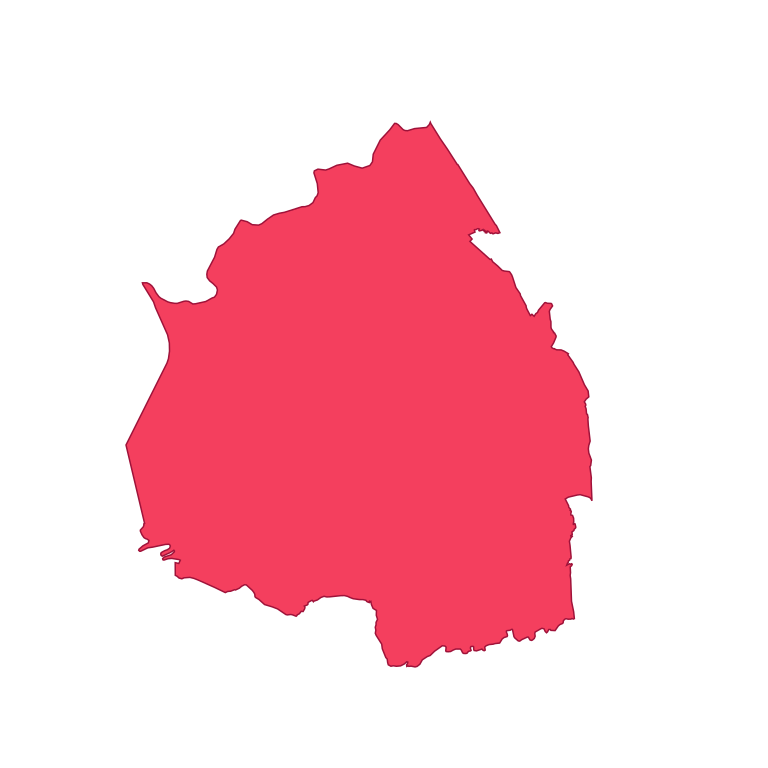 outline of Aninoasa, Dâmbovita, Romania, rotated 111°
{"feature_id": "2599482B19790994841582", "entity_name": "Aninoasa", "entity_type": "district", "adm_level": 2, "iso_a3": "ROU", "parent_name": "Romania", "parent_adm1": "Dâmbovita", "projection": "natural_earth1", "projection_center": [25.449, 44.974], "detail": "fine", "context": "isolated", "style": "filled", "palette": "rose", "viewbox_px": 768, "rotation_deg": 111, "n_neighbors": 0, "source": "geoboundaries", "source_scale": "gbopen_adm2", "svg_char_len": 6159}
<svg xmlns="http://www.w3.org/2000/svg" viewBox="0 0 768 768"><g transform="rotate(111 384 384)"><path d="M533.4,603.0L600.0,557.5L600.7,558.1L601.8,557.6L603.5,557.5L607.7,559.1L608.7,558.7L611.5,555.9L613.4,553.1L613.8,551.3L613.7,549.6L614.3,547.4L616.8,547.1L621.5,551.1L626.0,553.5L627.2,553.4L627.7,552.1L627.3,551.2L621.6,545.8L619.2,541.5L612.0,530.4L610.7,527.4L611.0,526.3L611.8,525.4L614.1,525.3L616.4,526.9L618.2,529.0L620.5,531.0L621.8,531.7L623.1,531.3L623.9,530.6L624.2,529.3L618.1,523.3L614.5,520.6L615.0,519.8L615.8,519.6L619.6,521.4L624.2,527.0L626.3,528.1L626.9,527.8L627.4,527.2L627.2,526.3L624.6,523.1L622.9,519.7L621.4,512.5L621.5,511.0L625.1,511.3L625.6,514.9L637.4,510.3L637.6,508.4L638.6,505.8L638.3,502.9L636.6,501.2L634.1,495.9L633.6,491.9L633.6,487.9L634.6,469.1L635.6,457.4L633.7,455.6L632.4,452.9L629.6,449.8L629.5,448.8L626.5,445.9L623.8,444.4L621.4,442.3L620.9,440.5L623.9,432.9L625.3,430.7L626.6,429.3L628.8,428.2L629.3,427.4L630.0,423.5L632.7,416.5L632.1,408.5L632.1,402.8L634.4,393.0L634.2,391.5L632.6,388.5L632.3,387.0L632.3,382.8L631.4,382.3L630.6,382.3L628.8,380.7L625.9,379.8L625.4,378.0L622.3,377.5L620.7,377.8L619.9,378.8L617.7,376.4L617.0,376.1L615.1,376.6L612.2,374.2L611.7,373.3L612.6,371.9L611.9,371.7L609.5,368.8L605.9,366.4L603.7,363.9L603.3,361.1L602.0,358.1L597.1,348.5L595.7,345.1L595.3,341.8L595.5,339.5L595.5,335.9L594.1,329.8L592.8,326.3L592.4,323.4L593.2,322.2L593.4,320.3L592.2,319.7L593.0,319.2L591.7,318.4L594.4,316.7L597.4,313.8L598.1,309.9L602.7,308.3L606.0,305.7L609.3,306.0L611.8,305.1L614.2,305.0L616.8,303.4L619.8,302.8L621.5,301.2L627.7,292.9L631.8,290.7L638.7,284.3L639.7,282.4L642.7,280.8L644.6,279.4L645.0,276.4L643.7,274.3L643.1,271.3L641.2,267.5L638.2,264.8L635.2,263.2L635.1,262.1L636.8,261.8L638.0,262.3L639.5,261.5L638.6,260.5L638.7,259.6L637.7,257.6L637.0,253.6L635.8,251.9L632.8,250.1L627.8,249.4L622.9,245.9L620.9,243.6L615.3,241.0L607.5,235.8L606.8,233.3L607.4,231.7L611.1,230.7L611.5,230.0L611.0,228.2L609.9,226.0L607.4,223.9L605.7,222.0L604.1,217.8L604.6,216.6L606.8,214.2L607.0,213.0L606.2,210.8L605.4,209.9L604.0,209.6L602.9,208.8L602.3,207.7L601.5,207.2L599.6,208.7L598.7,208.9L597.9,208.7L597.0,206.9L597.3,206.1L599.5,205.2L600.5,204.4L600.0,202.0L596.4,197.6L597.1,196.1L597.1,194.9L596.4,194.2L595.9,194.3L593.5,195.7L591.7,194.8L589.6,192.5L587.8,188.9L586.6,187.4L584.4,183.2L579.7,182.3L577.7,181.1L575.7,178.6L574.8,178.5L573.5,179.2L571.8,180.8L570.7,181.2L570.2,180.8L568.7,178.0L567.4,177.0L567.1,176.4L567.3,176.0L573.2,172.2L574.1,171.1L575.7,166.8L575.6,165.6L575.1,164.9L573.3,163.8L568.9,159.5L568.6,158.5L570.6,156.0L570.6,154.6L569.9,153.7L567.7,152.5L565.3,152.5L562.9,153.8L561.4,154.0L556.7,150.2L555.5,149.0L555.2,146.9L557.3,144.8L558.0,143.1L556.8,142.5L554.2,142.2L553.6,140.9L554.2,139.9L552.9,135.9L547.5,134.6L545.6,133.6L543.6,131.5L542.7,131.2L540.6,131.7L538.5,130.7L537.9,130.0L537.6,127.9L536.5,125.2L535.6,124.5L535.6,123.0L534.8,122.2L528.7,125.3L519.6,131.1L499.0,139.9L496.0,141.6L493.4,142.2L488.0,144.6L486.3,143.7L484.8,143.7L484.6,144.6L485.4,145.3L485.4,146.5L487.7,148.5L485.4,148.5L484.4,148.1L483.0,148.4L482.1,147.6L480.9,147.9L480.0,146.9L478.5,147.3L468.0,152.5L464.3,154.6L460.6,154.4L458.7,153.6L458.5,153.9L459.0,155.1L458.7,155.3L457.1,154.3L454.8,155.5L452.7,154.2L451.5,154.4L449.9,153.6L449.0,153.6L446.3,155.3L446.0,155.8L447.2,156.9L447.0,157.1L444.3,157.6L441.3,158.9L439.1,160.9L439.3,162.6L438.3,163.1L436.1,163.4L435.5,163.8L435.2,165.0L434.1,165.0L432.9,167.3L431.4,168.1L426.4,173.6L423.6,171.4L418.4,163.8L417.0,161.2L416.2,153.0L416.3,151.1L417.0,149.6L418.5,148.0L400.7,155.7L397.3,156.8L387.3,162.2L386.1,161.8L380.7,163.1L375.1,168.0L371.3,170.0L368.0,170.8L363.4,171.1L349.9,178.2L343.4,181.2L342.4,181.3L339.5,183.2L339.3,184.2L334.8,186.4L332.7,188.2L331.5,188.0L330.5,188.5L328.9,190.6L325.8,189.9L322.6,188.2L317.4,190.9L312.9,196.6L302.9,206.4L297.5,213.7L296.0,215.2L290.9,222.9L289.7,222.7L288.8,227.4L288.7,230.8L290.2,235.0L290.2,237.0L289.9,237.4L290.3,238.3L290.0,240.2L289.2,241.2L284.8,240.4L278.7,240.2L277.5,240.5L275.3,243.0L275.3,244.1L274.8,244.1L272.7,247.3L271.3,248.4L266.0,250.5L263.9,252.1L256.9,255.7L255.0,255.7L250.7,254.6L249.1,256.2L248.9,256.9L250.1,260.5L250.1,262.4L250.6,263.1L259.7,266.2L262.2,266.3L264.0,267.5L267.0,268.1L265.9,270.9L267.7,271.9L263.0,277.3L261.4,278.7L260.0,279.4L252.6,288.2L251.0,289.2L246.7,295.4L238.0,302.4L236.3,304.0L234.4,306.7L234.2,307.4L235.4,312.1L235.6,314.4L233.1,320.1L230.9,326.4L228.9,328.6L229.7,329.7L220.1,354.9L217.1,353.7L214.4,358.4L209.6,353.5L207.8,354.9L207.4,354.7L206.9,353.5L205.4,352.2L205.1,351.4L205.2,350.5L206.4,350.6L206.8,350.2L206.8,349.6L205.5,347.8L204.3,346.9L205.1,346.2L204.5,345.4L205.7,344.9L205.5,343.9L204.8,343.8L204.8,343.5L205.5,343.1L206.4,343.4L206.4,342.8L206.1,342.2L204.1,342.0L204.1,341.4L205.2,338.7L204.3,337.4L204.7,336.7L204.7,336.0L202.9,333.9L202.6,331.6L201.2,330.0L195.8,335.9L195.0,337.6L174.5,364.5L169.2,370.9L166.1,376.0L152.7,393.7L152.8,394.3L142.0,409.0L135.0,419.2L124.1,433.6L123.0,434.6L125.6,434.7L129.2,436.2L134.6,447.0L139.1,452.8L139.8,455.1L139.8,456.3L139.6,457.5L136.8,463.7L136.4,465.9L136.9,467.5L144.6,469.7L157.7,474.9L173.3,476.4L180.7,474.4L185.1,475.5L190.3,481.7L191.1,489.8L190.9,497.1L196.7,506.4L203.0,512.5L205.2,515.2L207.1,522.7L210.0,525.4L212.0,525.1L220.8,518.1L229.0,514.0L232.3,513.9L234.6,514.9L240.1,515.3L244.2,517.9L246.7,521.2L247.9,524.1L259.4,538.5L262.1,542.9L265.8,547.7L271.6,551.7L278.1,555.5L280.6,558.0L282.5,564.1L281.5,569.9L282.2,576.0L282.8,576.6L292.8,578.6L297.3,578.4L304.1,580.6L310.7,583.8L315.4,587.7L318.2,588.2L326.3,587.6L341.8,589.4L345.1,588.7L348.0,587.2L350.2,583.7L351.5,579.6L353.5,575.1L355.9,573.2L360.3,572.5L363.7,573.4L365.3,575.3L370.9,580.0L376.7,588.8L377.8,591.2L376.9,596.0L377.5,598.6L378.5,600.5L382.8,605.9L383.7,608.3L384.6,612.6L384.8,615.3L383.9,623.1L383.1,625.5L380.5,629.6L377.2,633.3L375.5,636.1L374.7,638.7L374.5,641.6L376.1,645.8L377.5,644.8L389.9,628.6L394.7,624.6L415.6,603.7L422.6,599.1L430.2,596.0L437.6,594.3L442.2,594.1L533.4,603.0Z" fill="#f43f5e" stroke="#9f1239" stroke-width="1.5"/></g></svg>